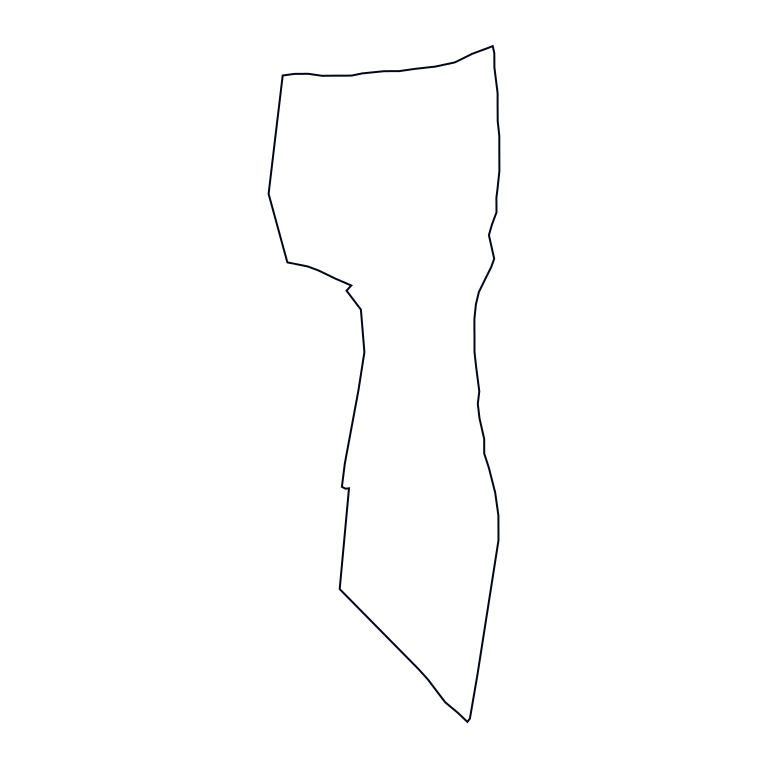 Ondo East, Ondo, Nigeria
{"feature_id": "59680162B42065071303183", "entity_name": "Ondo East", "entity_type": "district", "adm_level": 2, "iso_a3": "NGA", "parent_name": "Nigeria", "parent_adm1": "Ondo", "projection": "equal_earth", "projection_center": [4.956, 7.049], "detail": "fine", "context": "isolated", "style": "outline", "palette": "ink", "viewbox_px": 768, "rotation_deg": 0, "n_neighbors": 0, "source": "geoboundaries", "source_scale": "gbopen_adm2", "svg_char_len": 1123}
<svg xmlns="http://www.w3.org/2000/svg" viewBox="0 0 768 768"><path d="M339.7,589.1L418.7,669.3L428.0,679.6L438.9,694.0L445.1,702.2L457.5,712.5L467.4,721.9L469.9,718.6L477.4,675.0L498.5,540.3L498.4,515.5L495.2,492.7L488.9,467.9L484.2,453.5L484.2,439.0L479.5,418.3L477.8,403.8L479.3,391.4L476.1,366.6L474.5,352.1L474.5,344.0L474.5,337.6L474.4,327.4L474.4,319.0L475.9,304.4L478.9,292.0L485.0,279.5L491.2,267.1L494.2,258.8L488.9,235.1L491.9,224.7L496.5,212.3L496.4,197.8L497.6,188.1L499.4,170.9L499.3,148.1L499.3,135.7L497.7,121.2L497.6,104.6L497.6,93.2L494.4,67.4L494.3,52.9L492.7,46.1L488.7,47.7L476.8,52.1L471.8,54.0L458.1,60.8L454.8,62.4L434.8,66.7L432.5,66.9L414.7,68.9L399.3,71.1L383.9,71.2L362.3,73.4L351.5,75.6L339.1,75.7L331.4,75.7L322.1,75.8L308.2,73.8L294.3,73.9L287.2,74.9L283.2,75.4L282.7,75.5L279.1,105.7L278.8,108.2L276.9,123.9L268.6,193.9L269.7,197.9L287.2,261.8L287.4,262.4L307.5,266.4L308.4,266.7L318.3,270.4L322.3,272.3L335.3,278.6L351.3,285.5L346.5,290.6L360.9,309.6L364.4,352.2L358.4,390.6L344.8,463.7L341.9,486.8L345.5,488.7L349.0,488.3L339.7,589.1Z" fill="none" stroke="#020617" stroke-width="2"/></svg>